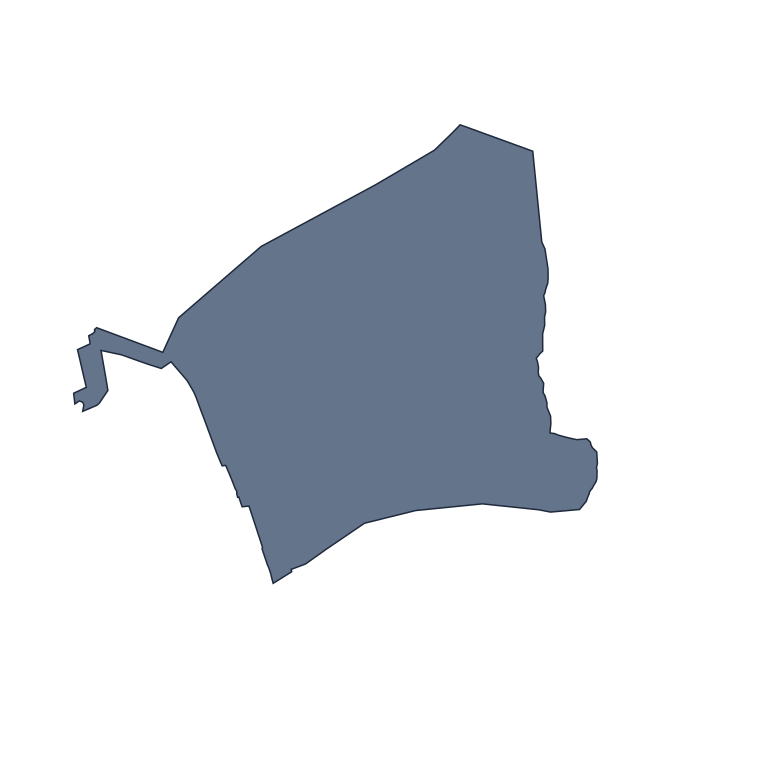 the district of San Lucas Quiaviní, Oaxaca, Mexico, rotated 233°
{"feature_id": "50627088B89558645189060", "entity_name": "San Lucas Quiaviní", "entity_type": "district", "adm_level": 2, "iso_a3": "MEX", "parent_name": "Mexico", "parent_adm1": "Oaxaca", "projection": "albers", "projection_center": [-96.46, 16.882], "detail": "fine", "context": "isolated", "style": "filled", "palette": "slate", "viewbox_px": 768, "rotation_deg": 233, "n_neighbors": 0, "source": "geoboundaries", "source_scale": "gbopen_adm2", "svg_char_len": 1923}
<svg xmlns="http://www.w3.org/2000/svg" viewBox="0 0 768 768"><g transform="rotate(233 384 384)"><path d="M595.9,159.9L585.7,155.4L567.7,147.4L560.5,144.3L563.4,130.6L554.1,125.1L553.8,130.5L550.8,132.4L547.9,131.7L543.5,126.9L539.8,141.8L540.0,145.1L545.0,159.6L556.6,165.7L581.1,178.2L565.3,191.9L555.1,198.6L542.0,207.3L530.4,215.5L530.2,220.9L529.9,227.3L521.4,227.8L510.4,228.5L505.1,228.8L499.7,228.2L491.9,227.2L486.5,225.9L469.9,220.9L466.3,219.9L429.3,208.8L419.9,206.4L416.0,205.5L414.3,208.6L401.9,205.5L397.1,204.2L389.7,202.1L387.8,202.1L385.9,201.2L385.7,200.9L384.9,200.3L381.6,198.9L381.1,200.0L371.3,196.8L367.8,202.7L354.2,198.1L343.6,194.5L342.6,194.1L333.4,191.0L328.8,189.4L326.7,188.7L325.8,187.4L309.9,182.1L306.7,181.4L300.2,179.2L297.7,178.0L297.4,177.9L291.5,175.5L289.6,197.3L291.8,198.3L287.5,213.0L286.8,238.1L284.8,279.8L284.8,280.8L284.7,281.5L284.6,283.9L284.6,284.5L284.0,285.9L283.4,287.4L282.0,290.6L280.7,293.6L279.3,296.9L278.1,299.7L277.0,302.4L263.9,333.1L229.1,390.4L190.5,431.8L181.5,439.9L166.1,464.6L168.6,475.0L170.6,477.9L172.9,481.9L174.0,483.0L175.0,485.6L175.3,487.4L176.3,489.3L178.5,494.8L180.5,497.2L186.8,502.2L189.2,503.2L192.2,506.7L201.7,513.0L207.7,512.1L210.6,512.6L213.7,513.9L218.2,513.0L223.5,504.5L230.0,498.9L236.1,494.1L238.8,492.1L241.5,490.6L245.1,487.1L251.9,493.4L258.1,497.7L267.2,500.1L271.1,502.9L277.4,505.4L281.6,506.0L288.4,511.9L294.0,512.7L297.4,512.6L300.4,514.2L304.4,517.5L309.2,519.9L312.9,521.1L314.4,526.8L314.8,530.6L328.6,540.9L334.1,547.6L340.7,552.4L344.3,556.5L350.1,560.6L358.5,564.7L359.9,567.3L362.6,570.5L365.9,575.4L369.4,578.5L377.3,584.3L394.9,593.8L402.5,595.5L480.4,642.9L545.2,600.8L543.5,590.0L540.4,564.9L548.2,497.1L567.8,368.7L560.5,259.8L542.4,226.4L601.9,188.4L601.7,185.5L600.0,184.8L599.5,182.0L600.0,178.8L600.2,177.2L592.9,173.5L593.4,171.4L595.9,159.9Z" fill="#64748b" stroke="#1e293b" stroke-width="1.5"/></g></svg>